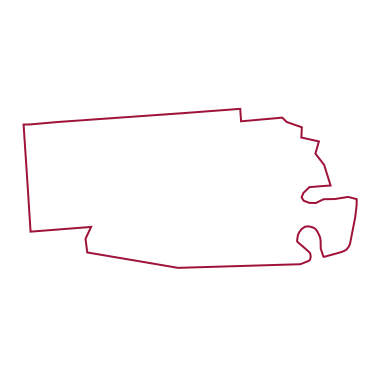 outline of Jefferson, Mississippi, United States of America, rotated 176°
{"feature_id": "52423323B23830846230255", "entity_name": "Jefferson", "entity_type": "district", "adm_level": 2, "iso_a3": "USA", "parent_name": "United States of America", "parent_adm1": "Mississippi", "projection": "mercator", "projection_center": [-91.21, 31.74], "detail": "fine", "context": "isolated", "style": "outline", "palette": "rose", "viewbox_px": 384, "rotation_deg": 176, "n_neighbors": 0, "source": "geoboundaries", "source_scale": "gbopen_adm2", "svg_char_len": 928}
<svg xmlns="http://www.w3.org/2000/svg" viewBox="0 0 384 384"><g transform="rotate(176 192 192)"><path d="M53.3,188.8L58.3,209.8L66.2,221.7L61.9,233.6L79.1,238.7L77.9,248.9L92.6,255.2L96.8,259.9L138.1,259.1L138.1,271.6L151.9,271.5L192.8,271.3L320.8,271.2L348.6,270.7L355.3,271.0L355.5,217.5L355.8,163.7L295.1,164.2L301.5,152.7L300.7,139.0L259.4,129.0L211.2,117.3L89.0,112.4L80.5,115.1L79.4,115.8L78.8,116.8L78.1,119.2L78.2,121.4L78.5,122.7L79.3,123.8L82.2,126.9L90.3,134.9L90.6,135.9L89.4,141.5L87.9,144.3L85.1,147.5L81.7,149.5L78.0,149.6L74.1,148.3L72.2,147.2L71.2,146.2L69.8,144.0L68.3,140.4L67.4,137.7L67.1,134.6L67.5,126.5L65.4,118.3L64.7,118.1L47.9,121.5L44.3,122.6L41.9,123.8L39.5,126.5L38.1,128.9L30.9,155.6L28.7,167.3L28.2,173.4L36.6,176.2L50.3,175.0L53.6,175.2L61.2,175.6L69.2,172.4L75.5,172.9L81.2,175.5L83.0,179.0L81.0,183.2L74.7,188.6L66.2,188.8L53.3,188.8Z" fill="none" stroke="#9f1239" stroke-width="2"/></g></svg>